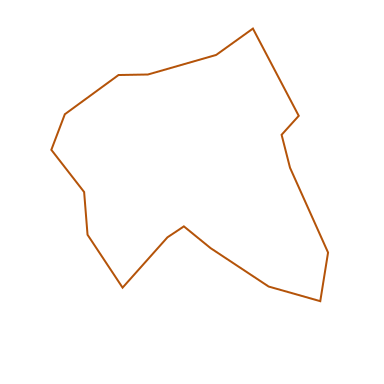 an SVG outline of Saint Paul, rotated 344°
{"feature_id": "ATG-5096", "entity_name": "Saint Paul", "entity_type": "Parish", "adm_level": 1, "iso_a3": "ATG", "parent_name": "Antigua and Barbuda", "parent_adm1": "", "projection": "equal_earth", "projection_center": [-61.766, 17.027], "detail": "fine", "context": "isolated", "style": "outline", "palette": "amber", "viewbox_px": 384, "rotation_deg": 344, "n_neighbors": 0, "source": "natural_earth", "source_scale": "10m", "svg_char_len": 384}
<svg xmlns="http://www.w3.org/2000/svg" viewBox="0 0 384 384"><g transform="rotate(344 192 192)"><path d="M315.6,148.2L293.9,161.7L292.9,195.7L306.1,287.7L285.2,332.3L239.6,304.0L194.4,251.1L174.7,222.8L155.9,228.8L98.9,264.8L79.8,204.3L88.3,162.3L68.4,112.7L91.2,82.2L153.6,59.3L182.0,66.9L253.0,66.9L295.6,51.7L315.6,148.2Z" fill="none" stroke="#b45309" stroke-width="2"/></g></svg>